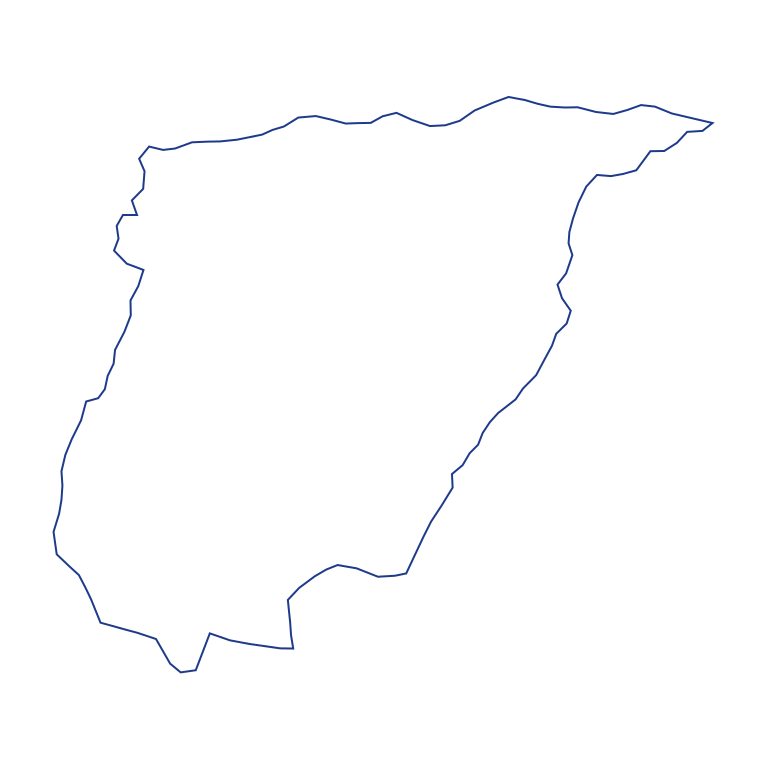 outline of Conde, Paraíba, Brazil, rotated 269°
{"feature_id": "56859067B62931681450845", "entity_name": "Conde", "entity_type": "district", "adm_level": 2, "iso_a3": "BRA", "parent_name": "Brazil", "parent_adm1": "Paraíba", "projection": "orthographic", "projection_center": [-34.854, -7.298], "detail": "fine", "context": "isolated", "style": "outline", "palette": "blue", "viewbox_px": 768, "rotation_deg": 269, "n_neighbors": 0, "source": "geoboundaries", "source_scale": "gbopen_adm2", "svg_char_len": 1733}
<svg xmlns="http://www.w3.org/2000/svg" viewBox="0 0 768 768"><g transform="rotate(269 384 384)"><path d="M419.3,552.6L431.2,557.1L441.3,567.7L454.0,572.0L466.6,563.5L480.4,559.2L491.4,568.0L509.5,574.6L521.4,571.0L532.7,572.0L546.0,575.8L562.2,581.7L577.9,589.7L589.3,600.6L587.9,614.5L589.8,626.5L593.3,640.0L612.1,654.4L612.1,668.3L620.0,681.1L630.8,691.5L631.5,706.8L639.2,717.0L649.5,676.4L656.6,659.8L658.4,645.9L653.7,632.0L650.0,618.0L652.3,600.6L657.3,582.4L657.3,569.6L658.4,555.2L661.5,542.5L665.5,529.7L668.8,513.4L663.4,498.1L655.9,479.4L645.8,464.3L641.6,449.7L641.1,434.5L647.4,417.1L654.9,401.2L651.7,387.3L645.3,375.3L645.3,363.0L645.1,350.2L649.3,335.6L653.1,320.5L651.9,303.0L643.2,288.4L640.0,277.0L635.5,266.6L630.8,241.1L629.4,224.3L629.4,211.4L629.0,196.2L623.1,179.2L621.9,167.2L625.5,153.3L613.5,143.1L600.9,148.3L583.3,146.6L572.0,135.1L557.3,140.0L557.5,125.9L546.7,119.5L533.9,121.1L522.1,116.4L508.8,128.9L502.2,145.5L486.1,140.0L472.0,132.0L457.0,132.0L440.8,125.4L422.8,115.7L409.0,114.0L397.0,107.9L383.7,104.8L374.8,98.0L371.7,85.9L353.0,80.5L334.2,70.8L318.8,64.2L302.4,60.0L288.1,60.7L273.8,59.5L260.0,56.9L241.9,51.0L219.4,53.8L206.8,66.6L198.3,75.6L185.7,81.9L173.7,87.4L150.3,96.4L143.3,120.0L139.5,133.2L133.0,151.6L108.1,165.3L99.2,175.7L101.1,190.8L137.7,205.5L130.4,225.5L126.4,244.9L121.5,275.6L121.1,288.6L134.2,286.7L147.3,286.0L169.8,284.1L181.7,295.7L193.0,311.5L199.5,323.1L203.8,334.4L200.2,353.3L191.4,374.6L192.1,391.6L194.2,402.9L230.2,420.6L245.5,428.6L261.2,439.3L279.2,450.8L292.8,450.4L301.5,461.2L313.4,468.5L321.6,477.0L333.3,481.8L343.9,489.1L353.0,497.6L366.3,515.3L377.1,522.9L390.2,536.3L405.5,544.8L419.3,552.6Z" fill="none" stroke="#1e3a8a" stroke-width="2"/></g></svg>